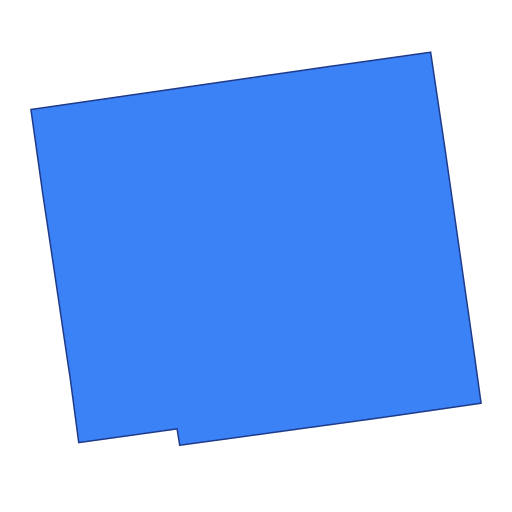 Pontotoc, Mississippi, United States of America (Albers equal-area conic projection), rotated 172°
{"feature_id": "52423323B7740407343608", "entity_name": "Pontotoc", "entity_type": "district", "adm_level": 2, "iso_a3": "USA", "parent_name": "United States of America", "parent_adm1": "Mississippi", "projection": "albers", "projection_center": [-89.026, 34.227], "detail": "fine", "context": "isolated", "style": "filled", "palette": "blue", "viewbox_px": 512, "rotation_deg": 172, "n_neighbors": 0, "source": "geoboundaries", "source_scale": "gbopen_adm2", "svg_char_len": 375}
<svg xmlns="http://www.w3.org/2000/svg" viewBox="0 0 512 512"><g transform="rotate(172 256 256)"><path d="M53.6,78.9L53.5,131.8L53.7,230.7L53.9,332.2L54.7,433.5L155.9,433.5L217.9,433.3L458.5,432.4L458.5,382.2L458.5,347.7L457.9,280.2L457.2,178.5L457.0,161.5L457.5,95.9L358.2,95.8L357.9,79.2L155.7,78.5L53.6,78.9Z" fill="#3b82f6" stroke="#1e3a8a" stroke-width="1.5"/></g></svg>